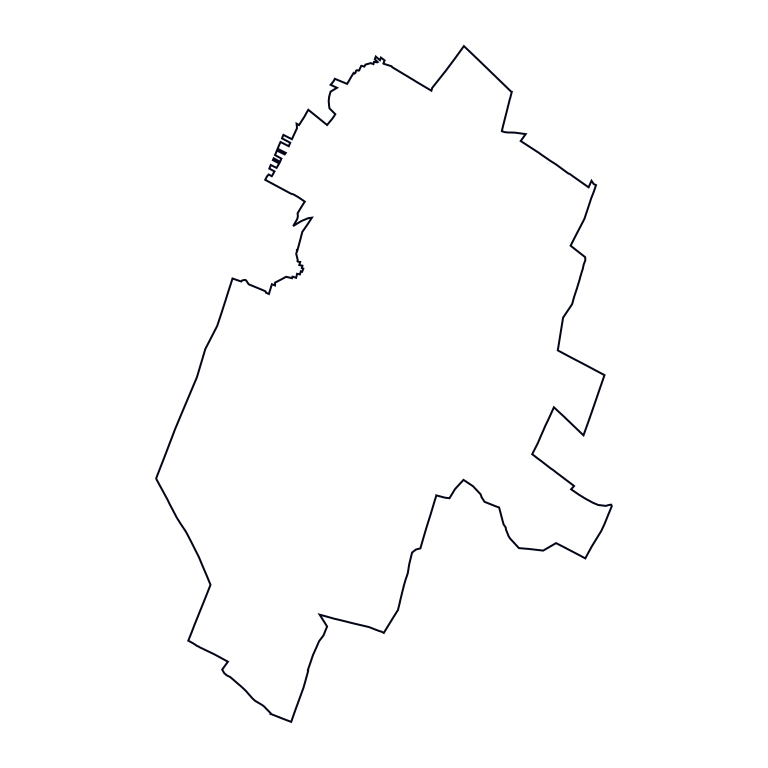 outline of Temascalapa, México, Mexico
{"feature_id": "50627088B1319644746594", "entity_name": "Temascalapa", "entity_type": "district", "adm_level": 2, "iso_a3": "MEX", "parent_name": "Mexico", "parent_adm1": "México", "projection": "natural_earth1", "projection_center": [-98.879, 19.816], "detail": "fine", "context": "isolated", "style": "outline", "palette": "ink", "viewbox_px": 768, "rotation_deg": 0, "n_neighbors": 0, "source": "geoboundaries", "source_scale": "gbopen_adm2", "svg_char_len": 5704}
<svg xmlns="http://www.w3.org/2000/svg" viewBox="0 0 768 768"><path d="M174.9,429.6L172.3,436.5L169.6,443.5L167.0,450.4L163.0,460.8L158.9,471.3L156.2,478.3L156.5,479.4L162.1,489.7L167.7,500.0L169.6,504.0L173.2,510.8L176.8,517.7L180.2,523.1L182.7,526.9L185.7,531.4L187.1,533.9L191.3,542.0L195.8,551.0L198.9,557.1L202.0,564.6L206.7,575.6L210.5,584.8L207.7,592.0L205.1,598.5L201.2,608.2L197.3,617.9L194.7,624.3L192.2,630.9L188.3,640.7L192.9,643.2L195.9,645.1L196.3,645.4L196.8,645.9L197.7,646.2L198.5,646.5L200.1,647.5L208.9,651.7L214.7,654.5L222.6,658.8L227.9,661.7L222.2,669.6L224.2,673.1L226.7,675.3L230.1,677.0L230.6,677.4L233.9,680.2L237.9,683.7L241.1,686.4L243.5,688.6L245.7,690.7L247.5,692.8L250.8,696.5L252.2,698.2L255.2,700.9L261.0,704.3L263.0,705.6L264.9,707.2L265.2,707.7L267.7,710.2L270.7,713.3L270.5,714.0L271.7,714.3L281.5,718.2L291.2,721.9L293.7,714.7L296.2,707.7L298.3,702.0L300.9,694.8L303.5,687.7L305.4,681.0L308.2,670.8L307.8,670.3L310.4,662.7L313.0,655.0L316.1,648.1L319.1,641.2L323.5,635.4L327.1,626.5L323.4,620.6L319.7,614.7L322.7,615.5L324.3,615.9L325.7,616.3L328.5,617.1L332.9,618.3L333.7,618.6L334.6,618.8L337.3,619.4L347.1,621.8L349.0,622.3L353.8,623.5L362.8,625.6L369.1,627.1L375.2,629.5L378.4,630.7L379.0,631.0L381.1,631.5L383.8,632.9L387.6,626.7L391.4,620.5L397.1,611.3L397.9,610.2L399.9,602.3L399.8,602.2L401.7,594.4L402.6,590.7L403.4,587.7L403.7,586.1L406.0,578.3L406.2,578.0L407.8,573.2L409.2,564.3L412.1,552.5L416.0,549.5L420.4,548.4L423.5,537.6L425.1,532.2L426.2,528.4L429.9,516.7L431.1,512.8L435.1,499.4L436.3,495.7L436.3,495.4L444.7,497.6L445.8,497.8L449.5,498.2L450.4,496.7L452.3,493.6L454.1,490.6L454.9,489.3L456.2,487.8L458.5,485.3L461.0,482.6L463.5,479.9L465.8,481.4L472.1,485.6L472.6,485.9L473.1,486.3L475.8,489.2L476.0,489.4L480.6,494.3L481.6,497.2L484.5,501.8L491.5,504.6L495.0,506.0L499.1,507.5L500.8,513.9L503.0,522.3L503.6,524.4L505.7,527.5L506.0,529.6L508.6,536.2L510.4,538.9L513.3,542.0L518.9,548.1L526.9,548.8L527.4,548.8L533.7,549.5L543.2,550.6L549.7,546.8L556.1,543.1L557.0,543.6L563.1,546.7L569.2,549.9L578.8,554.9L585.3,558.4L588.5,552.4L591.8,546.4L597.5,537.1L601.3,530.9L604.3,524.5L608.2,514.9L611.8,506.1L611.2,504.7L608.7,505.0L605.9,505.9L598.3,505.0L592.8,502.7L585.3,498.6L578.8,494.6L571.1,489.3L574.1,486.0L573.9,485.8L571.6,484.1L569.0,482.1L566.3,480.1L563.4,477.9L559.5,474.9L559.3,474.8L555.6,472.0L553.1,470.0L550.4,468.2L546.3,465.0L540.5,460.5L537.6,458.4L532.2,454.2L537.7,443.4L540.6,436.6L543.6,429.8L545.3,425.8L547.9,420.5L550.7,414.4L553.9,407.3L560.9,413.8L564.3,416.9L566.0,418.6L568.2,420.7L573.0,425.3L575.5,427.7L580.8,432.8L583.5,435.3L587.7,423.6L590.4,416.0L594.1,405.3L596.6,398.1L599.0,391.0L600.0,388.1L600.2,387.4L600.5,386.7L604.5,375.1L598.6,372.0L592.8,368.9L587.0,365.8L581.1,362.7L575.3,359.7L569.4,356.6L563.6,353.5L557.8,350.4L560.4,334.2L563.1,317.6L567.6,310.9L572.1,304.2L572.4,303.2L574.1,297.0L577.1,287.9L578.5,283.2L579.7,279.4L580.3,276.7L581.1,274.5L581.3,273.7L581.5,272.8L582.7,269.2L583.7,264.6L585.3,260.3L585.2,257.2L576.4,250.3L570.6,245.7L574.3,238.4L578.0,231.2L581.2,225.1L584.4,218.9L587.6,209.3L591.3,198.0L593.7,192.0L596.0,185.1L593.7,184.0L591.5,180.8L588.6,187.3L576.2,178.6L569.5,173.8L568.5,173.6L556.0,164.4L552.5,162.2L549.3,160.2L549.1,160.0L546.5,158.2L542.0,155.1L539.1,153.0L520.7,141.0L525.7,134.1L514.6,132.6L508.9,132.5L507.0,132.4L504.5,132.1L501.9,131.2L502.0,130.3L503.4,124.6L506.6,112.0L507.8,107.2L509.8,99.2L510.0,98.9L511.8,91.8L511.0,91.5L478.6,60.1L463.9,46.1L454.8,58.7L445.6,71.0L432.2,87.9L431.4,90.7L430.7,90.3L416.2,81.7L414.0,80.3L392.2,67.2L391.6,66.3L390.1,65.8L383.5,63.7L383.4,63.5L384.6,60.4L380.9,57.6L379.9,60.2L375.8,56.6L374.8,59.3L377.6,62.0L377.3,62.1L377.2,62.3L374.0,61.9L373.4,64.1L370.8,63.1L365.5,64.6L364.3,66.6L362.1,65.9L361.2,65.9L360.9,66.8L360.5,67.4L360.1,68.2L359.8,68.9L359.5,69.6L359.2,70.4L358.7,70.6L358.4,70.6L358.0,70.3L357.7,70.4L356.6,70.3L356.1,70.7L355.8,71.4L355.8,72.0L355.2,73.1L354.4,73.6L353.6,73.0L351.3,76.7L348.5,81.6L347.1,83.9L334.8,78.8L334.2,80.1L333.3,81.6L332.0,83.2L330.6,84.8L337.0,87.8L331.0,91.4L330.6,91.6L329.3,96.1L329.1,96.9L328.7,101.1L329.1,105.9L329.5,108.4L335.3,114.2L333.8,116.6L331.6,119.6L329.8,121.7L327.1,125.0L308.3,109.8L306.3,113.2L304.4,116.7L299.0,125.1L296.6,123.7L296.9,126.7L297.0,128.2L291.9,139.2L283.4,134.9L282.7,136.5L282.0,138.4L290.2,142.7L288.8,146.2L280.5,142.0L279.9,143.3L278.3,147.1L277.6,148.8L285.8,152.9L284.7,154.4L276.9,150.5L276.4,151.8L275.7,153.5L275.0,155.1L281.4,158.6L280.0,161.8L273.7,158.3L272.9,160.1L279.2,163.4L276.6,167.9L270.8,165.0L270.0,166.9L269.3,168.6L274.5,171.4L272.3,175.4L271.8,176.2L268.7,174.5L267.1,176.2L265.2,179.8L267.2,180.9L289.1,192.7L291.0,193.7L293.7,194.5L298.8,197.5L304.3,201.3L304.8,201.6L302.9,204.5L299.3,210.4L297.6,213.3L297.8,214.9L297.8,216.7L297.4,218.6L296.3,220.7L293.2,226.1L294.7,225.1L296.3,224.1L299.1,222.4L301.7,220.9L308.2,218.2L311.9,217.7L307.0,225.2L302.3,231.9L301.1,236.5L300.0,240.8L297.4,250.4L296.9,250.2L296.9,251.6L296.2,253.7L297.0,257.0L297.7,260.0L297.5,261.3L297.9,261.6L299.4,261.9L300.2,262.0L299.3,265.1L302.4,265.7L301.8,268.0L303.3,268.6L302.1,271.8L300.8,271.3L299.9,274.4L297.1,273.8L296.1,277.8L292.8,276.7L292.4,276.7L292.0,278.2L286.1,276.8L281.5,279.3L275.1,282.6L275.0,285.4L271.9,284.2L268.9,294.0L266.0,292.7L265.5,291.4L263.0,290.2L248.7,284.3L247.3,282.2L246.2,280.5L245.1,279.9L242.3,280.4L241.1,281.5L240.3,281.2L232.5,278.5L230.7,284.2L229.8,286.9L228.1,292.2L227.3,294.8L225.8,299.6L225.4,301.0L224.7,302.9L224.5,303.7L223.3,307.3L221.9,311.8L217.2,325.9L207.5,344.8L205.4,348.8L197.0,377.0L189.1,395.8L182.0,412.6L174.9,429.6Z" fill="none" stroke="#020617" stroke-width="2"/></svg>